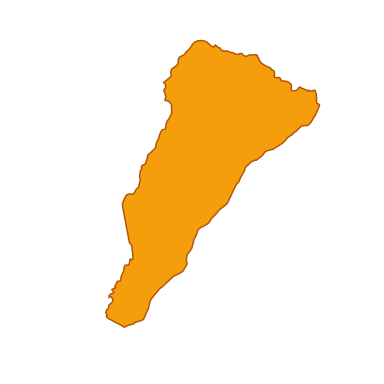 outline of Likouala, rotated 27°
{"feature_id": "COG-2838", "entity_name": "Likouala", "entity_type": "Region", "adm_level": 1, "iso_a3": "COG", "parent_name": "Republic of the Congo", "parent_adm1": "", "projection": "orthographic", "projection_center": [17.352, 1.476], "detail": "fine", "context": "isolated", "style": "filled", "palette": "amber", "viewbox_px": 384, "rotation_deg": 27, "n_neighbors": 0, "source": "natural_earth", "source_scale": "10m", "svg_char_len": 4901}
<svg xmlns="http://www.w3.org/2000/svg" viewBox="0 0 384 384"><g transform="rotate(27 192 192)"><path d="M265.9,56.3L266.5,58.1L267.0,66.6L266.3,76.5L265.6,78.0L265.5,78.8L265.0,79.9L264.0,80.8L261.6,82.0L260.2,83.0L259.3,84.2L257.1,90.9L256.0,92.6L255.8,93.3L255.5,94.8L255.2,95.5L254.0,97.2L252.3,100.7L252.1,101.6L251.9,103.4L250.2,108.0L245.0,116.8L244.8,117.4L244.1,117.6L240.2,121.2L239.3,122.3L238.8,123.4L238.1,127.4L237.6,128.8L237.0,130.0L236.3,131.3L235.3,133.6L234.7,134.7L233.5,135.0L233.2,135.7L231.6,137.6L231.1,138.4L228.5,145.6L228.5,146.6L228.9,148.6L229.0,150.7L228.7,157.2L229.1,160.3L229.1,161.4L228.9,162.6L228.2,164.8L228.0,166.0L228.6,185.4L228.4,186.9L224.4,195.7L224.0,197.0L223.7,199.5L221.3,207.1L221.1,211.3L220.6,212.6L217.8,217.4L216.3,219.0L215.0,221.6L214.5,223.2L215.3,227.9L215.3,233.2L217.3,241.9L217.3,243.7L216.3,249.0L216.3,250.9L216.8,252.5L218.1,255.8L219.0,256.4L219.8,257.5L220.2,258.8L220.3,259.9L219.9,266.5L219.5,267.6L213.7,275.8L208.4,290.3L207.1,292.8L204.3,305.4L204.2,307.1L204.3,308.8L206.0,315.6L206.6,327.6L206.1,328.3L205.1,329.6L200.8,333.7L200.4,334.1L200.1,334.7L200.0,335.7L199.9,335.9L199.7,336.2L198.9,336.8L198.0,337.8L196.6,338.8L192.8,343.4L192.7,343.4L192.5,343.2L191.8,343.0L174.8,342.7L173.6,342.5L172.9,342.2L172.1,341.5L172.1,340.2L171.9,339.9L171.6,339.7L171.2,339.3L170.6,339.0L170.2,339.0L169.9,338.8L169.5,336.3L169.6,335.5L170.3,334.2L170.3,333.4L169.4,330.5L169.4,330.1L170.7,327.0L171.0,325.5L170.5,324.2L169.5,323.2L168.1,322.3L166.8,322.2L166.0,323.6L165.2,322.0L165.7,320.2L167.9,317.0L166.8,316.0L165.4,315.7L164.9,315.1L167.3,312.3L167.3,311.7L166.3,311.4L166.1,311.1L166.1,305.8L166.6,304.9L167.7,304.5L168.5,303.8L168.3,302.3L167.4,299.8L167.2,298.6L167.0,294.0L166.8,292.7L165.7,289.5L165.6,288.2L166.0,287.3L166.7,286.9L167.4,286.5L168.2,286.1L168.7,285.4L168.8,284.8L168.5,284.1L168.2,282.5L167.5,281.0L167.4,280.3L167.8,279.6L168.3,279.5L168.8,279.7L169.3,279.4L169.5,278.7L169.6,278.1L169.5,277.8L167.7,274.7L163.0,267.7L161.9,266.7L159.1,265.4L136.5,236.1L135.8,234.9L135.4,233.9L135.0,232.0L134.9,225.2L135.1,224.3L135.5,223.8L136.3,222.8L136.8,222.4L137.4,222.0L139.0,221.3L139.9,220.7L140.4,220.3L140.7,219.8L140.9,219.3L141.0,218.8L141.0,215.2L141.3,214.2L141.6,213.4L142.0,212.9L142.1,212.0L141.9,210.7L140.4,204.8L139.9,203.9L139.4,203.3L138.9,202.8L138.5,202.4L138.0,201.3L136.6,197.2L136.4,196.3L136.5,195.2L136.6,194.5L136.7,193.9L136.5,193.5L135.6,192.6L135.3,192.1L135.4,191.4L135.7,190.9L135.9,190.5L137.1,189.1L137.4,188.6L137.6,188.1L137.5,187.4L136.7,181.7L136.0,180.0L135.8,179.4L136.0,178.6L136.6,177.4L139.2,170.2L139.4,169.6L139.3,168.7L138.8,167.4L137.9,164.0L137.8,163.4L137.9,162.8L138.0,161.4L137.8,158.6L137.4,157.1L136.9,152.9L137.0,151.8L137.1,150.7L137.3,150.1L137.6,149.7L138.0,149.3L138.9,148.9L139.3,148.6L139.5,148.2L139.6,147.7L139.3,146.3L138.7,145.3L138.0,143.2L137.8,140.0L138.3,135.6L138.1,133.5L138.2,131.9L138.1,131.1L137.7,130.1L134.4,124.2L134.0,123.7L133.6,123.2L132.4,122.6L130.0,121.7L129.4,121.7L128.9,121.9L127.3,122.5L126.8,122.6L126.5,122.6L126.3,122.5L126.1,122.3L125.9,122.0L125.9,120.2L125.7,119.6L125.4,119.0L123.0,116.2L122.4,115.7L121.9,115.4L121.7,115.3L121.3,114.9L120.9,114.4L120.7,113.2L120.8,112.4L121.0,111.8L121.2,111.3L121.0,110.6L120.6,109.6L119.7,108.4L117.9,107.6L117.0,107.2L118.6,103.8L120.5,99.7L120.8,98.1L120.2,96.9L119.2,95.8L118.4,94.5L118.2,91.5L120.8,86.4L121.3,84.0L120.8,82.5L120.1,81.1L119.5,79.7L119.6,78.0L120.4,76.4L122.7,73.2L123.1,71.7L123.1,70.1L124.8,65.8L125.4,60.1L126.5,57.1L128.6,54.6L131.4,52.8L134.6,51.8L136.1,51.7L137.5,51.8L143.1,53.2L144.5,53.2L145.8,52.5L146.0,51.9L145.8,51.2L145.9,50.6L146.8,50.5L147.5,50.7L148.7,51.2L149.3,51.3L151.2,51.1L151.9,51.1L152.6,51.5L153.1,52.1L153.7,52.4L154.6,52.1L155.1,52.0L156.0,52.2L156.4,52.1L157.0,51.9L157.7,51.2L158.2,50.9L159.3,50.4L160.0,50.2L161.8,50.3L162.7,50.2L164.5,49.5L165.5,49.2L168.2,49.3L169.1,49.2L170.3,48.7L170.9,48.0L171.4,47.3L172.4,46.5L173.4,46.2L174.2,46.3L176.0,46.9L178.4,46.7L179.9,45.3L181.2,43.6L183.9,42.3L184.7,41.8L185.8,41.1L186.9,40.6L188.4,40.8L188.7,41.1L189.0,42.0L189.3,42.3L190.3,42.4L190.6,42.6L193.1,44.7L195.5,45.7L198.3,46.1L203.8,46.1L204.2,46.1L205.0,45.8L205.4,45.7L205.9,46.0L206.6,46.7L207.0,46.9L207.6,47.0L208.9,46.7L209.5,46.7L210.5,47.3L211.4,48.3L212.0,49.6L212.4,50.9L212.8,52.0L213.8,52.2L215.1,51.8L217.7,50.6L218.0,50.3L218.4,50.4L220.8,51.9L221.4,52.2L222.3,52.1L224.4,51.0L226.7,50.4L229.1,50.4L231.4,51.2L232.6,52.3L233.4,55.0L234.3,56.0L235.8,56.2L237.2,55.6L238.4,54.4L239.2,53.3L239.4,52.6L239.9,50.6L240.3,49.6L240.8,49.5L241.4,49.6L242.2,49.7L247.6,49.2L248.0,49.3L248.7,49.6L249.2,49.7L249.5,49.4L249.8,48.5L250.1,48.2L250.8,48.1L252.0,48.2L252.6,47.9L253.8,46.7L254.6,45.8L255.5,45.7L257.2,47.1L258.3,48.4L261.0,52.9L262.1,55.4L262.9,56.2L265.9,56.3Z" fill="#f59e0b" stroke="#b45309" stroke-width="1.5"/></g></svg>